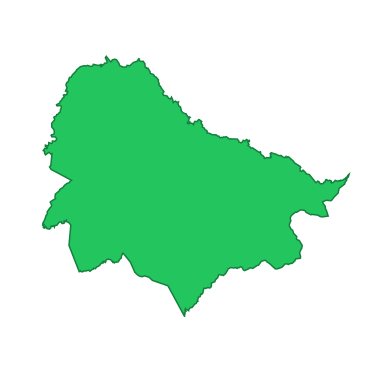 San José Del Fragua, Caquetá, Colombia, rotated 98°
{"feature_id": "7082276B10460666438069", "entity_name": "San José Del Fragua", "entity_type": "district", "adm_level": 2, "iso_a3": "COL", "parent_name": "Colombia", "parent_adm1": "Caquetá", "projection": "albers", "projection_center": [-76.127, 1.343], "detail": "fine", "context": "isolated", "style": "filled", "palette": "green", "viewbox_px": 384, "rotation_deg": 98, "n_neighbors": 0, "source": "geoboundaries", "source_scale": "gbopen_adm2", "svg_char_len": 6003}
<svg xmlns="http://www.w3.org/2000/svg" viewBox="0 0 384 384"><g transform="rotate(98 192 192)"><path d="M316.6,181.8L315.7,182.2L313.1,182.0L312.5,182.7L310.9,181.3L310.0,182.5L308.8,182.3L309.5,181.9L309.1,181.1L310.0,178.8L308.9,178.9L306.9,177.6L306.2,175.7L302.7,173.8L301.8,172.4L299.9,171.7L299.2,170.9L298.9,171.5L295.3,171.0L294.5,169.4L291.9,169.0L291.9,168.1L290.6,167.2L285.8,166.9L285.5,164.8L284.4,163.0L284.6,161.1L284.1,160.3L282.3,159.6L279.7,160.3L277.7,156.9L275.8,156.6L273.2,154.6L270.6,154.2L270.0,153.3L270.3,149.3L268.1,147.4L263.2,145.5L261.5,143.3L261.4,139.7L260.8,138.2L261.4,136.7L260.6,136.0L260.3,134.6L259.2,133.5L259.7,131.9L262.1,130.2L262.5,128.9L260.2,125.2L259.0,124.2L259.1,121.0L255.8,117.4L255.2,115.9L251.0,113.7L249.5,110.4L249.5,109.6L251.0,107.7L251.9,105.5L256.5,98.9L256.3,97.0L254.0,92.4L250.4,89.9L250.0,88.3L250.3,86.2L249.4,85.4L248.7,82.8L245.7,80.4L244.7,80.5L243.7,79.7L242.6,75.6L241.1,75.4L238.1,76.7L236.2,76.9L232.4,75.5L229.6,75.4L225.1,79.0L224.6,81.3L223.8,82.1L221.5,82.1L218.9,85.5L215.8,87.1L215.0,88.7L212.1,90.8L210.3,91.1L206.8,90.1L204.7,91.0L202.8,90.9L201.2,90.1L197.6,86.8L197.5,85.5L194.6,82.0L194.5,78.3L195.3,76.9L196.3,76.2L198.0,71.1L197.5,69.9L197.4,63.8L198.3,62.3L198.6,59.8L196.9,53.8L191.4,56.4L190.0,57.5L187.4,58.2L185.3,60.4L183.6,61.3L181.5,58.0L181.3,53.3L180.8,52.6L176.7,50.2L172.8,47.2L167.9,46.8L163.0,42.0L161.1,41.7L158.7,40.5L157.0,40.6L155.3,39.3L152.5,38.9L153.7,39.9L155.3,40.5L156.8,41.9L158.0,42.0L157.8,42.9L159.6,44.7L159.6,46.3L160.4,46.7L160.1,47.7L161.1,49.5L160.5,51.8L161.7,52.3L163.0,53.7L163.6,55.2L163.2,55.7L162.1,55.4L161.5,56.0L161.2,57.5L161.8,58.3L161.9,59.4L160.9,60.3L161.4,61.4L163.5,61.6L163.9,62.6L165.5,63.3L166.0,66.2L164.1,67.8L163.7,69.0L165.3,70.1L165.4,70.8L158.4,78.2L158.1,81.4L156.7,82.5L154.9,85.1L156.3,86.4L156.2,87.7L153.7,88.4L152.5,87.7L151.6,88.5L148.7,95.0L147.5,95.6L143.8,101.2L143.8,102.2L144.7,103.0L143.7,103.9L144.7,104.6L145.1,106.1L143.4,109.0L143.8,109.9L143.6,112.6L143.0,113.5L142.1,119.1L143.3,119.9L144.2,119.0L144.9,119.4L146.0,118.6L147.1,118.9L146.8,119.7L147.5,120.7L147.5,122.9L148.7,124.4L148.4,125.2L147.4,125.4L146.4,126.5L145.3,128.7L144.1,129.6L143.0,129.5L142.6,129.9L143.4,131.1L139.9,138.1L140.2,140.1L139.1,141.0L138.2,143.1L136.8,142.2L134.6,143.9L134.0,142.2L132.9,142.4L133.4,143.6L132.4,145.2L134.0,146.6L133.7,148.5L135.3,149.0L136.4,150.1L136.0,152.5L135.0,152.7L133.3,154.4L134.2,162.6L132.4,165.8L133.1,166.8L133.0,168.2L133.9,169.3L133.7,170.2L134.2,171.1L134.1,172.2L133.0,173.1L133.0,174.4L132.0,176.2L132.5,179.6L131.3,183.6L131.5,184.9L131.2,185.5L130.0,185.3L129.1,186.0L128.6,187.6L126.9,188.9L126.3,190.9L124.5,190.8L122.1,192.8L120.8,192.2L119.3,195.0L119.5,195.6L121.5,196.7L121.6,198.9L123.3,199.7L125.0,199.9L124.0,201.5L124.0,203.3L122.9,203.8L123.3,204.3L124.6,204.2L124.8,205.9L124.0,206.3L121.7,205.1L119.7,205.2L118.3,204.2L118.0,205.2L118.4,206.4L115.5,208.7L114.9,211.8L113.4,213.7L109.4,215.2L108.6,217.0L106.5,218.2L104.7,217.9L105.3,219.2L104.3,221.2L106.1,223.0L103.6,223.8L100.9,225.5L102.7,226.1L102.9,226.6L102.3,228.3L100.3,230.2L100.1,233.7L98.7,234.8L96.6,233.7L93.9,236.4L91.5,238.2L90.9,239.5L89.1,239.6L87.5,240.7L85.7,240.8L83.4,243.3L82.7,245.2L81.6,245.9L80.8,247.3L80.4,249.8L78.8,250.2L75.5,252.8L75.9,254.1L75.2,254.5L74.7,255.9L71.7,256.4L69.3,258.5L69.8,260.5L69.2,262.8L68.7,263.1L67.7,262.6L67.4,263.2L70.3,264.7L71.9,268.1L75.6,271.1L75.6,273.8L77.6,274.9L77.8,277.4L77.0,281.1L74.7,282.3L71.6,285.1L71.2,286.9L72.2,289.3L73.9,289.9L74.4,290.7L69.6,295.8L71.2,296.5L74.5,294.3L75.8,294.2L76.3,294.7L76.6,296.5L78.2,297.3L78.7,298.1L78.4,299.3L79.8,298.8L80.5,299.1L80.4,299.8L78.9,300.7L79.7,302.4L79.3,307.5L80.7,307.8L81.5,308.6L81.7,310.5L81.1,312.9L81.9,314.3L81.9,316.2L83.4,319.9L87.3,323.4L88.4,323.6L92.7,326.8L95.1,327.5L95.4,328.9L96.0,329.4L99.8,329.9L101.3,331.4L103.7,331.7L106.3,330.2L109.6,331.4L109.9,331.0L109.3,329.8L109.7,329.0L110.5,328.9L111.4,329.7L112.8,329.4L113.5,330.3L113.3,331.9L113.7,332.6L114.4,332.7L115.4,331.8L116.0,331.9L117.4,333.4L119.6,334.0L120.4,335.1L122.2,335.3L124.4,338.3L125.3,338.0L125.5,337.4L124.6,334.1L126.1,333.1L128.9,333.7L131.4,333.7L132.5,335.0L133.5,335.3L134.1,336.7L135.6,337.0L136.9,339.0L137.6,339.2L138.7,338.2L139.6,338.1L143.5,340.5L147.2,339.9L149.5,337.4L151.6,336.7L153.7,336.7L154.4,337.5L154.8,339.1L155.6,339.4L157.0,338.3L156.4,336.0L156.7,334.7L157.7,333.7L158.8,333.4L160.9,334.7L160.9,337.3L162.7,337.2L163.5,337.8L163.0,340.7L165.7,340.6L166.3,341.1L166.0,343.7L167.2,343.6L167.9,341.5L168.6,341.3L169.2,341.9L169.2,343.8L171.7,345.1L172.2,343.7L173.8,343.5L175.6,342.3L172.6,339.1L174.1,337.0L173.5,336.0L185.2,335.5L187.0,336.6L189.2,334.8L197.2,312.9L198.3,314.2L199.9,314.9L201.0,317.1L203.2,319.2L205.4,320.4L208.0,323.4L209.3,323.6L213.1,327.0L216.0,327.0L217.4,326.2L221.4,330.9L221.9,331.0L223.9,329.4L225.8,329.2L227.9,330.7L231.9,332.7L234.0,332.2L235.4,333.2L239.9,334.0L243.7,335.4L244.7,334.2L244.9,335.2L245.7,335.3L246.5,334.1L247.7,334.3L248.2,333.6L248.2,332.8L246.9,333.1L246.4,332.3L248.5,330.4L248.6,328.1L247.6,327.0L245.2,326.7L245.6,325.3L244.7,324.2L245.9,323.4L244.3,323.2L243.7,321.2L240.6,319.4L239.6,317.4L241.3,316.4L240.9,314.5L239.8,313.9L239.2,314.6L238.4,314.6L238.6,313.4L237.5,312.5L238.7,312.4L239.3,309.9L241.6,307.4L262.0,306.4L286.6,292.6L285.6,291.4L286.3,290.7L286.3,289.3L285.1,287.8L285.1,286.5L283.9,283.5L284.7,282.0L282.8,280.3L282.1,279.0L281.2,278.8L281.4,277.0L279.4,276.0L278.8,274.6L277.5,273.2L275.1,271.9L274.6,271.1L274.9,270.4L274.5,270.1L273.4,270.6L272.8,269.6L273.9,268.2L273.0,267.6L272.6,268.0L271.8,267.8L270.2,266.2L270.3,263.2L271.6,261.8L271.7,260.8L272.7,260.6L272.5,259.9L273.1,259.2L272.3,258.3L271.5,255.4L268.5,254.0L267.2,252.8L265.5,253.0L262.2,252.0L262.2,251.6L270.1,243.2L279.5,237.4L281.7,234.3L282.8,231.7L282.8,229.5L281.7,227.3L282.4,222.7L285.0,219.0L288.2,202.8L316.6,181.8Z" fill="#22c55e" stroke="#15803d" stroke-width="1.5"/></g></svg>